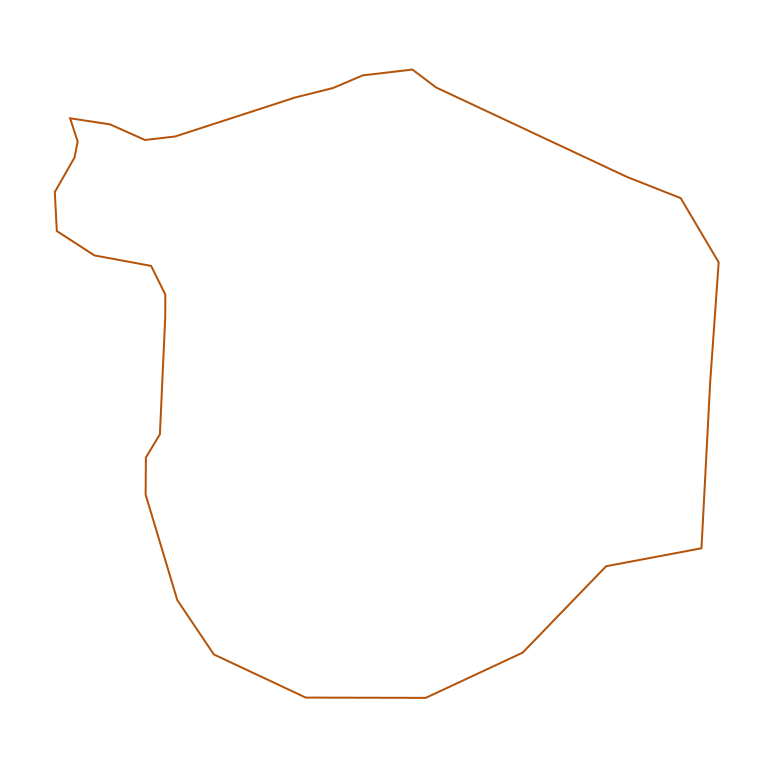 Beni, Nord-Kivu, Democratic Republic of the Congo, rotated 271°
{"feature_id": "63176286B12710938610069", "entity_name": "Beni", "entity_type": "district", "adm_level": 2, "iso_a3": "COD", "parent_name": "Democratic Republic of the Congo", "parent_adm1": "Nord-Kivu", "projection": "mercator", "projection_center": [29.473, 0.481], "detail": "fine", "context": "isolated", "style": "outline", "palette": "amber", "viewbox_px": 768, "rotation_deg": 271, "n_neighbors": 0, "source": "geoboundaries", "source_scale": "gbopen_adm2", "svg_char_len": 542}
<svg xmlns="http://www.w3.org/2000/svg" viewBox="0 0 768 768"><g transform="rotate(271 384 384)"><path d="M164.3,181.1L110.6,218.6L69.1,311.2L70.9,431.1L117.8,527.3L205.7,609.3L225.3,704.3L391.5,710.1L511.5,716.5L575.0,677.4L595.2,623.5L681.4,430.9L698.9,406.9L692.2,357.3L679.1,328.0L668.9,290.1L627.8,170.7L623.8,140.8L638.8,105.5L644.2,65.5L621.0,73.5L605.0,70.6L570.2,51.5L531.2,54.2L507.5,92.2L498.0,149.1L469.6,163.8L446.4,164.1L329.8,160.8L306.3,147.2L269.2,147.6L164.3,181.1Z" fill="none" stroke="#b45309" stroke-width="2"/></g></svg>